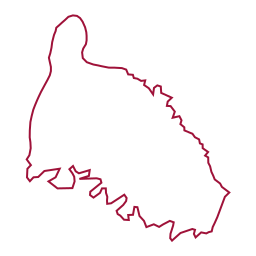 outline of Tiradentes do Sul, Rio Grande do Sul, Brazil
{"feature_id": "56859067B95685031401719", "entity_name": "Tiradentes do Sul", "entity_type": "district", "adm_level": 2, "iso_a3": "BRA", "parent_name": "Brazil", "parent_adm1": "Rio Grande do Sul", "projection": "albers", "projection_center": [-54.122, -27.357], "detail": "fine", "context": "isolated", "style": "outline", "palette": "rose", "viewbox_px": 256, "rotation_deg": 0, "n_neighbors": 0, "source": "geoboundaries", "source_scale": "gbopen_adm2", "svg_char_len": 2006}
<svg xmlns="http://www.w3.org/2000/svg" viewBox="0 0 256 256"><path d="M201.2,232.4L206.3,233.4L208.8,232.1L211.7,231.4L212.7,227.1L214.7,223.0L217.3,217.2L224.9,196.8L229.3,192.5L221.9,186.9L220.1,183.5L214.7,179.4L213.2,175.6L211.4,171.8L210.1,166.3L208.3,162.8L208.2,157.4L205.1,155.6L208.1,152.0L202.7,148.2L202.6,144.4L199.9,143.4L199.1,139.4L194.9,137.2L192.5,133.8L184.4,130.4L184.3,127.3L180.4,124.1L181.5,120.3L179.4,116.2L172.7,117.7L174.8,111.6L170.6,106.1L166.9,105.9L167.7,101.6L171.8,97.7L161.2,92.9L160.8,86.5L157.3,85.4L154.0,87.9L153.1,94.4L148.8,88.2L144.1,85.0L145.2,80.4L141.1,80.9L137.4,78.7L133.8,78.0L132.9,74.8L128.2,74.4L126.2,69.6L121.9,68.1L114.9,67.7L111.5,67.7L108.6,67.6L101.5,66.2L98.0,65.4L93.3,64.5L86.8,62.2L82.8,58.1L82.1,52.4L83.2,48.6L85.9,44.2L86.6,40.4L86.6,35.9L86.3,32.2L85.1,27.3L82.6,21.7L80.1,18.1L77.0,15.9L72.9,15.4L68.4,16.8L65.0,20.0L62.0,22.6L59.4,25.0L56.3,27.7L55.6,31.1L54.0,35.0L52.2,42.1L51.5,47.6L50.3,53.2L48.9,57.7L49.7,61.5L50.9,66.9L50.9,71.1L49.8,75.3L47.5,79.9L44.5,85.4L41.0,91.9L38.8,96.5L37.0,100.5L35.0,105.3L33.3,109.7L31.7,115.9L30.4,122.0L29.8,130.4L29.7,137.4L30.4,142.2L30.7,148.2L29.4,155.2L26.7,159.4L30.9,165.1L27.4,168.8L27.0,177.4L29.9,181.2L33.5,177.3L38.2,177.0L44.4,171.0L59.7,168.7L55.6,177.3L48.5,181.4L57.5,188.4L72.4,188.1L74.6,181.4L74.2,176.7L72.4,173.3L69.4,169.2L73.0,166.0L75.7,171.3L78.9,173.3L89.7,170.1L88.9,175.9L79.4,178.9L96.7,178.3L100.5,179.3L101.4,182.7L90.3,191.7L90.0,195.0L93.5,197.6L100.0,192.9L102.0,188.4L105.8,188.4L106.0,192.9L107.3,196.8L107.0,200.7L107.2,203.8L111.1,203.3L124.3,194.7L126.6,198.0L126.1,201.1L123.2,205.0L116.6,210.8L117.7,214.1L120.3,215.6L124.0,219.7L128.8,220.0L128.2,215.0L133.0,214.8L134.4,206.9L137.4,207.2L139.5,216.0L144.0,220.9L146.4,227.1L153.8,224.3L159.1,226.9L163.1,224.4L169.8,220.9L173.7,222.3L173.1,225.6L170.5,233.8L170.2,238.2L172.0,240.6L180.5,233.0L192.3,229.0L195.0,229.8L193.9,233.9L195.6,237.4L201.2,232.4Z" fill="none" stroke="#9f1239" stroke-width="2"/></svg>